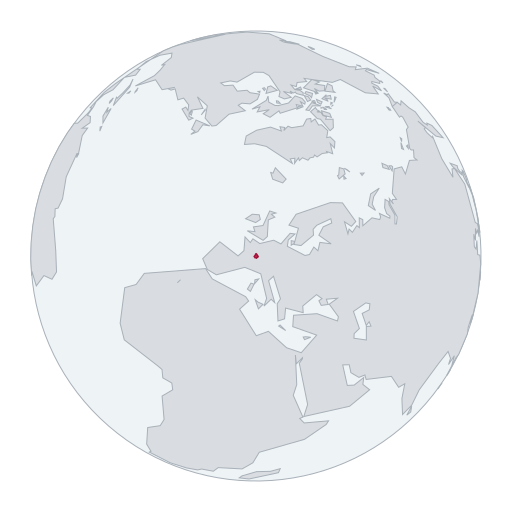 Nièvre on an orthographic globe, rotated 41°
{"feature_id": "FRA-5329", "entity_name": "Nièvre", "entity_type": "Metropolitan department", "adm_level": 1, "iso_a3": "FRA", "parent_name": "France", "parent_adm1": "", "projection": "orthographic", "projection_center": [3.438, 47.114], "detail": "fine", "context": "on_globe", "style": "filled", "palette": "rose", "viewbox_px": 512, "rotation_deg": 41, "n_neighbors": 0, "source": "natural_earth", "source_scale": "10m", "svg_char_len": 11146}
<svg xmlns="http://www.w3.org/2000/svg" viewBox="0 0 512 512"><g transform="rotate(41 256 256)"><circle cx="256" cy="256" r="225" fill="#eef3f6" stroke="#a8b0b8"/><path d="M32.8,286.3L32.5,282.6L31.8,275.0L34.3,272.7L35.5,257.6L35.1,252.1L33.6,252.9L34.1,232.1L36.8,218.1L51.4,162.2L55.7,153.4L60.2,145.9L87.3,108.9L65.2,136.7L71.5,127.0L80.7,115.0L80.7,115.5L93.7,101.7L102.4,92.8L120.3,79.6L137.8,73.8L132.0,77.6L136.9,76.2L144.5,71.6L148.4,68.9L175.6,61.5L202.1,52.1L207.5,47.6L208.7,50.2L216.8,41.2L229.2,37.3L217.0,42.8L217.1,44.4L226.5,42.0L228.7,43.2L234.4,42.8L236.2,44.6L228.9,48.3L229.9,49.6L236.5,47.9L242.4,49.0L232.6,51.2L241.9,53.5L231.4,61.1L203.8,67.5L199.7,74.9L175.8,90.4L179.8,91.1L173.2,98.1L175.3,101.7L170.2,104.0L176.2,104.9L180.4,102.2L184.4,101.8L186.1,103.8L179.9,106.9L178.2,106.4L177.3,108.4L173.5,109.2L176.3,109.9L168.7,113.8L178.5,113.1L174.4,118.8L168.7,120.6L166.4,116.3L147.4,111.3L141.0,112.6L134.2,118.3L127.6,137.2L121.7,140.8L115.8,148.5L120.4,148.2L126.6,142.1L133.7,143.9L140.5,136.8L144.3,136.7L152.5,131.5L154.3,136.9L151.7,145.1L145.1,149.9L143.7,153.9L152.6,153.4L142.6,166.7L140.3,183.7L137.4,186.9L127.1,185.3L120.7,174.6L107.4,174.3L119.1,179.4L111.6,188.2L111.7,191.9L113.9,194.6L118.0,193.3L116.1,197.6L103.8,193.6L105.3,189.7L109.2,190.8L106.1,186.1L97.8,184.3L94.6,189.4L85.4,182.9L83.0,186.6L79.7,187.5L84.1,181.9L76.0,192.1L64.6,188.9L53.4,206.8L61.0,186.6L61.7,178.8L61.5,171.4L59.5,174.1L61.9,161.8L59.5,158.0L51.8,167.5L45.6,181.2L43.6,193.2L46.1,191.1L46.5,198.4L39.5,207.5L39.0,224.4L35.2,234.3L34.1,244.4L35.5,250.2L36.5,260.5L39.5,259.3L43.3,264.2L41.0,273.6L45.0,269.9L45.8,279.1L54.9,295.2L53.6,296.1L60.8,320.7L72.5,339.8L75.2,349.7L73.4,352.1L78.3,358.1L78.5,360.9L101.4,383.4L115.9,398.9L117.3,407.4L108.8,409.9L109.8,422.7L97.0,414.6L99.6,418.1L87.9,406.0L77.2,393.1L67.6,379.5L58.9,365.2L51.4,350.3L45.0,334.8L39.7,319.0L35.6,302.8L32.8,286.3ZM49.9,211.6L49.6,236.1L46.6,227.7L47.7,228.0L48.5,220.5L48.8,209.7L47.1,203.1L49.9,211.6ZM56.9,209.8L56.7,206.3L57.3,209.1L56.9,209.8ZM149.8,67.7L144.5,71.4L136.7,75.4L140.9,72.1L149.8,67.7ZM164.8,61.4L162.9,63.1L157.7,63.8L160.4,62.6L164.8,61.4ZM210.8,44.4L206.1,46.0L209.9,44.1L210.8,44.4ZM234.9,42.5L235.6,41.8L238.3,42.0L234.9,42.5ZM150.9,129.0L151.6,130.2L149.7,130.5L150.9,129.0ZM153.7,125.7L151.0,125.1L151.9,123.5L153.6,123.8L153.7,125.7ZM243.5,45.0L247.6,45.8L242.1,45.6L243.5,45.0ZM156.9,126.7L153.9,120.7L155.6,117.9L163.4,117.0L156.9,126.7ZM249.2,46.7L259.4,49.0L261.7,47.4L260.8,53.8L252.5,49.4L245.4,49.2L249.4,48.1L249.2,46.7ZM181.1,100.5L176.7,103.5L178.8,99.2L181.1,100.5ZM181.5,97.9L182.4,86.1L189.7,83.0L187.9,87.4L196.1,82.2L199.2,86.4L195.4,90.2L190.1,91.3L195.3,92.2L181.5,97.9ZM258.7,57.1L260.1,58.4L257.3,57.8L258.7,57.1ZM186.2,101.3L185.8,99.1L192.0,96.2L194.1,100.1L191.4,99.8L186.2,101.3ZM196.8,79.0L201.8,77.7L205.7,80.7L208.2,80.7L199.9,86.3L196.8,79.0ZM190.8,101.5L195.0,102.3L193.5,105.6L187.1,103.3L190.8,101.5ZM192.8,93.8L195.9,92.7L194.8,94.6L192.8,93.8ZM190.6,118.2L189.9,115.3L193.1,113.5L190.6,118.2ZM196.7,102.4L197.2,101.3L198.4,100.3L200.7,101.6L196.7,102.4ZM203.2,88.2L203.8,89.8L206.8,86.0L209.9,88.3L203.8,91.7L207.7,91.3L208.6,92.0L202.6,94.0L203.2,88.2ZM206.7,100.0L200.1,105.6L200.7,111.3L197.8,113.0L197.4,103.6L206.7,100.0ZM204.8,96.3L205.4,98.9L201.6,99.6L198.9,98.1L204.8,96.3ZM214.1,88.8L211.0,84.3L212.4,83.7L214.1,88.8ZM207.7,101.5L209.2,100.2L208.1,101.8L207.7,101.5ZM213.0,92.5L211.7,90.9L213.3,90.3L213.0,92.5ZM213.5,98.9L211.3,100.6L209.4,99.6L213.5,98.9ZM213.9,95.8L216.4,95.4L210.0,98.2L213.0,95.2L213.9,95.8ZM214.7,92.2L215.3,91.3L215.0,92.9L214.7,92.2ZM221.9,101.9L214.3,105.7L210.1,103.4L218.1,100.0L221.9,101.9ZM473.5,197.2L473.7,201.8L477.2,215.0L477.4,214.4L478.4,220.2L478.3,219.8L478.4,221.2L475.8,210.6L471.1,201.1L472.5,211.6L470.0,205.7L463.6,202.0L464.3,217.1L467.0,250.0L471.4,266.6L470.6,279.5L459.6,267.8L452.1,254.8L449.8,261.5L437.2,258.0L420.1,276.9L416.2,274.3L413.3,280.1L404.2,281.8L397.7,276.9L392.9,281.3L409.8,293.8L414.8,289.0L417.0,277.0L420.9,282.8L429.5,282.4L425.2,308.0L397.4,345.8L392.4,334.2L359.0,308.5L358.6,303.5L358.4,303.0L357.8,302.2L357.2,310.9L350.7,304.9L371.1,326.3L375.5,336.7L397.1,346.8L395.6,349.9L401.9,350.4L418.9,332.8L419.5,337.1L412.9,362.5L387.2,402.0L389.3,414.1L385.2,425.8L366.3,440.5L365.0,446.4L354.8,452.4L352.2,455.8L342.4,461.6L327.0,468.3L304.1,474.0L304.9,472.3L296.9,469.7L286.8,456.5L295.0,446.9L293.9,439.7L277.0,423.3L280.9,411.6L275.8,407.1L265.6,409.1L259.5,403.3L253.1,403.4L211.6,405.7L197.6,395.9L177.7,366.0L184.2,356.2L183.1,342.4L226.2,298.6L238.0,302.0L274.9,293.5L280.0,294.8L278.5,306.9L308.5,316.0L314.8,304.7L339.2,305.2L353.6,299.3L353.7,275.9L330.1,285.2L323.2,276.1L339.9,259.5L360.1,251.6L358.1,247.8L342.9,244.3L345.2,234.4L337.4,242.5L342.3,245.2L337.6,250.5L332.8,248.5L333.8,244.9L327.0,245.4L324.1,263.1L328.8,267.8L312.5,275.9L318.8,284.7L315.2,290.6L303.3,278.1L302.6,272.3L282.5,259.8L281.7,266.4L300.7,278.9L295.8,278.7L294.9,288.6L291.8,281.0L271.3,266.3L255.0,271.9L238.4,296.2L228.1,298.1L217.5,293.0L219.4,269.0L242.4,267.7L243.4,259.9L235.2,248.8L242.9,249.6L242.4,245.1L250.7,244.1L259.0,232.5L266.9,230.5L266.9,216.5L271.0,213.8L269.8,222.7L273.3,228.1L292.6,223.5L295.4,219.8L293.8,211.3L299.3,211.4L295.3,203.8L304.8,197.5L289.8,199.1L287.6,189.9L291.5,181.4L288.0,178.8L281.7,192.9L281.6,198.4L285.7,202.5L283.1,218.6L277.1,222.4L269.8,207.2L260.6,211.1L258.9,198.2L277.1,166.9L286.4,159.2L308.7,164.5L308.5,171.0L300.3,172.1L310.9,179.0L308.6,174.6L313.2,174.9L312.2,166.9L315.4,166.8L308.9,159.5L312.7,158.5L316.8,163.1L318.5,151.1L325.5,147.3L324.4,144.7L321.2,142.9L332.2,139.7L330.9,138.0L326.8,138.3L321.4,135.2L316.3,128.6L320.4,127.8L322.8,130.1L334.0,134.0L339.8,140.6L341.0,139.7L336.9,133.8L323.2,128.9L319.0,125.2L325.6,126.6L322.8,125.8L322.0,123.7L325.0,121.1L317.8,119.3L303.1,99.6L307.5,93.1L315.0,96.1L309.1,83.2L314.5,77.9L310.7,78.1L305.3,72.6L303.5,74.2L301.3,73.9L286.6,61.9L286.3,58.9L275.6,54.9L273.6,55.2L273.2,57.1L260.8,53.8L261.7,47.4L266.1,47.1L263.7,43.7L274.1,43.8L281.6,42.7L294.5,45.5L299.3,44.8L297.8,43.6L303.1,42.1L319.6,44.0L313.1,47.5L289.7,48.0L299.8,48.0L299.6,49.7L304.4,50.8L311.4,51.0L310.9,49.9L332.4,60.7L353.1,67.4L346.8,61.7L348.4,59.7L366.5,64.8L399.4,86.8L401.9,86.4L405.8,89.1L411.8,95.1L406.4,91.2L407.5,94.0L403.5,91.2L411.4,100.2L406.0,96.6L414.7,105.8L417.5,106.4L412.5,99.4L422.4,109.5L424.5,108.5L430.9,114.7L448.0,138.5L456.2,154.2L458.0,157.4L458.1,159.4L463.0,170.7L466.5,175.8L473.5,197.2ZM214.6,323.4L214.2,327.8L214.6,323.4ZM383.9,253.8L394.4,247.0L385.5,236.8L388.8,233.5L384.5,231.4L384.8,236.1L373.8,229.7L376.8,222.4L373.3,217.3L369.6,219.4L365.9,233.9L381.6,242.9L381.0,250.2L383.9,253.8ZM55.2,295.6L56.0,299.4L54.4,296.8L55.2,295.6ZM44.6,230.2L45.3,233.9L45.1,237.2L44.2,234.9L44.6,230.2ZM54.6,259.4L56.2,264.2L53.8,260.9L54.6,259.4ZM49.9,239.7L53.2,256.0L48.7,250.8L46.9,240.6L49.1,245.4L49.9,239.7ZM53.2,213.5L53.3,216.4L52.2,217.4L53.2,213.5ZM57.3,211.9L57.0,211.2L57.7,208.7L57.3,211.9ZM112.4,188.4L113.3,188.9L114.8,192.2L112.6,191.9L112.4,188.4ZM130.5,200.3L127.0,207.0L128.0,201.8L124.2,202.5L121.6,192.7L135.8,188.1L129.8,191.8L130.5,200.3ZM122.0,179.1L122.1,185.4L121.4,178.7L122.0,179.1ZM231.4,222.8L235.3,225.6L233.8,231.0L223.7,234.7L225.8,226.9L231.4,222.8ZM241.3,228.4L236.8,213.0L242.8,210.5L240.2,214.4L244.7,214.3L241.6,220.7L251.8,233.9L251.1,239.5L232.9,242.7L239.2,238.3L235.0,235.7L241.3,228.4ZM214.5,182.3L212.7,176.7L228.3,178.2L228.2,183.3L218.2,187.1L212.3,183.3L214.5,182.3ZM171.3,126.9L169.6,125.5L171.2,124.5L174.1,124.9L171.3,126.9ZM190.0,117.0L180.6,132.4L178.1,131.4L175.6,142.1L168.1,143.9L170.0,136.8L162.4,146.5L161.1,140.8L156.6,147.8L161.7,131.8L160.2,127.4L164.7,131.5L171.6,129.9L174.1,127.9L180.2,119.2L180.5,109.5L187.4,106.8L192.2,107.5L193.2,109.4L188.4,110.4L193.1,112.2L187.0,115.3L190.0,117.0ZM244.3,123.0L238.3,122.4L246.8,128.5L240.7,130.8L242.1,131.3L238.7,135.2L237.1,141.1L233.9,141.4L234.6,143.6L232.4,146.4L232.4,149.6L226.6,151.4L226.1,155.5L223.7,154.1L224.3,160.8L221.2,156.7L218.1,160.2L222.7,162.3L191.9,166.5L181.3,172.2L174.1,179.4L169.9,171.9L174.0,160.6L182.4,149.2L193.2,145.0L189.3,142.7L193.4,140.1L194.7,143.1L195.0,137.0L198.7,135.8L206.2,126.9L204.4,119.5L207.1,116.3L209.7,118.6L210.6,113.9L217.3,116.1L219.3,114.0L228.0,114.3L231.7,120.3L233.8,117.5L240.5,117.9L244.3,123.0ZM224.4,102.2L230.2,108.4L229.7,112.8L214.9,110.5L212.0,112.1L202.5,111.3L203.4,105.0L206.0,105.7L208.8,105.1L207.4,107.3L210.6,105.0L214.4,106.1L217.9,104.7L218.8,107.1L224.4,102.2ZM284.1,289.5L287.7,289.5L293.0,287.9L292.5,294.3L284.1,289.5ZM270.0,279.8L273.0,278.5L275.0,286.4L271.2,286.6L270.0,279.8ZM273.1,271.5L273.1,277.9L270.8,274.6L273.1,271.5ZM272.5,221.3L275.5,219.7L276.5,221.5L275.5,224.8L272.5,221.3ZM268.2,143.3L264.8,141.9L265.3,140.6L260.9,134.6L265.1,132.7L269.4,135.6L268.2,143.3ZM350.6,281.4L347.5,287.3L344.8,286.2L346.5,284.3L350.6,281.4ZM319.4,292.3L327.3,292.8L319.1,294.0L319.4,292.3ZM272.0,140.3L269.7,138.0L273.2,138.5L272.0,140.3ZM268.0,131.1L271.8,131.0L265.1,131.8L268.0,131.1ZM415.1,404.8L397.0,428.9L388.9,434.4L389.7,431.1L397.9,418.4L408.2,409.0L413.8,400.6L415.1,404.8ZM480.5,237.2L480.1,236.0L479.8,230.4L479.7,229.7L480.5,237.2ZM472.0,267.2L475.1,272.2L474.2,277.2L472.0,267.2ZM460.2,161.4L462.1,166.2L461.1,164.4L458.0,157.1L460.2,161.4ZM441.1,127.5L440.5,126.8L435.7,120.3L438.8,124.4L441.1,127.5ZM304.5,123.9L305.9,134.0L309.7,140.7L316.3,143.2L307.7,144.3L301.8,133.9L304.5,123.9ZM302.9,102.5L297.2,100.7L299.1,99.0L300.7,99.1L302.9,102.5ZM299.8,103.2L293.8,106.0L290.2,103.4L295.7,101.7L299.8,103.2ZM283.1,122.5L283.2,125.6L280.4,125.0L283.1,122.5ZM402.1,84.7L400.0,83.2L396.3,80.0L398.8,81.9L402.1,84.7ZM382.1,69.3L394.6,78.7L404.3,87.0L403.5,86.0L409.7,91.4L408.4,90.8L398.3,82.1L391.7,76.6L386.4,73.1L379.0,67.9L373.9,65.4L369.3,62.7L371.8,63.4L382.1,69.3ZM372.0,64.7L360.5,59.9L355.4,56.0L356.8,56.1L364.2,59.8L366.4,61.6L372.0,64.7ZM356.2,57.8L358.2,59.7L345.7,59.5L341.7,58.6L348.6,55.9L350.9,57.6L354.9,58.6L356.2,57.8ZM262.0,57.7L260.3,58.4L260.4,57.1L262.0,57.7ZM300.4,74.9L297.4,74.3L297.7,72.6L300.4,74.9ZM289.1,71.9L290.9,74.2L287.3,72.1L289.1,71.9ZM295.3,79.4L290.9,75.3L297.5,78.8L295.3,79.4Z" fill="#d9dde1" stroke="#a8b0b8" stroke-width="1"/><path d="M257.8,255.1L257.8,255.5L258.0,255.5L258.1,255.8L257.8,256.0L257.7,256.0L257.7,256.3L257.5,256.5L257.6,256.8L257.8,256.9L257.8,257.0L257.7,257.0L257.7,257.3L257.3,257.5L257.1,257.5L256.9,257.5L256.8,257.4L256.5,257.5L256.4,257.5L256.2,257.8L256.1,257.7L255.9,257.6L255.7,257.7L255.4,257.7L255.2,257.6L255.0,257.4L254.9,257.4L254.9,257.2L255.0,257.0L255.0,256.9L255.0,256.7L255.0,256.4L255.0,256.2L254.9,256.2L254.9,255.9L254.8,255.6L254.8,255.4L254.7,255.4L254.6,255.2L254.6,254.9L254.7,254.7L254.5,254.4L254.6,254.2L254.8,254.2L255.1,254.2L255.2,254.3L255.3,254.4L255.4,254.5L255.5,254.5L255.8,254.6L255.9,254.4L256.1,254.5L256.2,254.4L256.1,254.2L256.2,254.3L256.3,254.5L256.5,254.6L256.7,254.8L257.0,254.9L257.1,254.7L257.1,254.8L257.1,255.0L257.4,254.9L257.4,255.0L257.5,255.2L257.8,255.1Z" fill="#f43f5e" stroke="#9f1239" stroke-width="1.5"/></g></svg>